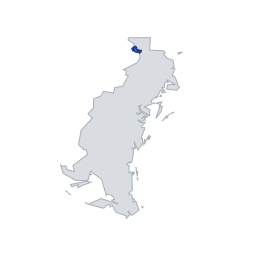 location of Astrakhan' within Russia, rotated 150°
{"feature_id": "RUS-2388", "entity_name": "Astrakhan'", "entity_type": "Region", "adm_level": 1, "iso_a3": "RUS", "parent_name": "Russia", "parent_adm1": "", "projection": "albers", "projection_center": [47.293, 47.158], "detail": "fine", "context": "in_parent", "style": "filled", "palette": "blue", "viewbox_px": 256, "rotation_deg": 150, "n_neighbors": 0, "source": "natural_earth", "source_scale": "10m", "svg_char_len": 5414}
<svg xmlns="http://www.w3.org/2000/svg" viewBox="0 0 256 256"><g transform="rotate(150 128 128)"><path d="M206.9,121.3L204.7,129.7L204.1,127.6L200.7,126.3L201.8,122.7L196.1,117.0L194.5,123.0L176.4,125.3L174.9,130.6L177.1,131.1L179.2,138.2L169.8,149.5L154.0,154.4L155.6,160.4L147.6,162.7L143.2,170.4L135.4,169.3L130.9,172.0L123.1,165.6L119.3,169.6L111.8,167.0L101.8,172.7L103.5,174.9L100.9,178.0L102.8,180.8L87.0,180.0L81.9,183.4L80.7,188.2L85.0,193.3L80.7,197.6L84.0,204.2L82.1,205.7L63.4,195.0L70.3,184.8L58.4,176.9L58.2,174.5L60.4,174.0L58.9,168.4L55.2,164.3L57.5,157.7L60.2,157.9L57.6,155.9L63.3,151.5L61.9,149.3L62.5,142.1L63.8,140.6L62.9,137.7L66.8,136.3L75.1,142.3L72.3,145.6L68.0,144.0L66.6,142.5L65.6,142.2L70.4,150.6L70.2,147.4L73.2,149.1L76.3,145.0L78.2,146.2L77.7,140.4L80.3,140.9L81.1,142.2L79.2,143.2L80.9,144.5L88.2,139.5L87.8,141.1L94.4,140.1L95.0,136.8L103.1,138.2L99.9,133.1L103.2,128.4L104.4,128.4L104.4,131.0L108.0,136.4L107.2,140.8L104.5,141.4L108.0,141.5L109.2,135.1L110.3,134.4L112.0,136.5L113.8,136.2L111.5,134.1L107.6,134.9L107.2,132.0L105.5,130.7L106.0,127.6L107.9,130.2L110.5,129.9L111.1,129.6L107.7,128.9L109.5,127.1L113.9,126.6L114.1,129.0L115.4,129.6L114.3,126.5L110.3,124.3L115.5,122.7L115.6,121.1L113.5,120.5L113.9,119.1L122.0,112.4L120.8,111.8L122.7,107.5L130.5,104.0L129.4,113.5L131.0,108.6L132.8,107.0L134.4,108.3L134.7,108.4L135.0,108.2L133.8,106.7L139.2,99.2L142.3,96.4L144.2,97.2L142.9,98.1L147.3,97.1L145.9,94.7L149.6,88.8L147.7,88.9L147.3,87.1L155.3,72.1L160.6,70.7L158.3,68.1L160.5,60.8L157.8,60.9L159.5,51.4L168.1,50.3L169.3,51.8L168.4,53.7L169.5,56.3L169.9,52.1L174.5,50.5L173.7,53.1L180.6,61.0L180.2,69.3L184.6,72.0L189.1,70.6L200.6,81.8L186.7,80.4L174.5,66.9L178.3,73.6L175.4,73.1L175.3,77.0L178.9,81.2L180.6,80.4L176.5,96.9L182.0,109.3L189.0,102.6L199.3,108.7L206.9,121.3ZM99.1,122.4L90.0,130.5L87.4,129.9L91.3,125.6L99.1,122.4ZM187.2,99.7L201.4,101.6L199.3,103.6L206.1,105.2L206.2,107.9L191.5,103.1L187.2,99.7ZM85.6,133.9L89.9,130.7L89.1,133.3L91.6,135.5L85.6,133.9ZM141.8,88.4L141.9,84.4L144.0,81.7L141.8,88.4ZM115.1,109.1L119.1,108.1L114.4,110.6L115.1,109.1ZM113.4,108.7L116.3,107.2L112.7,110.2L113.4,108.7ZM119.7,106.9L122.6,105.8L119.5,109.6L119.7,106.9ZM144.8,81.2L144.9,79.3L145.9,77.5L144.8,81.2ZM42.8,166.5L47.3,166.5L47.0,168.2L42.8,166.5ZM83.0,119.0L84.9,118.7L81.2,119.3L83.0,119.0ZM145.6,86.2L147.5,84.6L146.0,87.6L145.6,86.2ZM84.7,139.3L83.3,140.3L82.7,139.7L83.3,138.7L84.7,139.3ZM86.7,118.4L88.4,118.0L89.3,118.1L86.7,118.4ZM92.5,117.6L91.8,118.2L90.5,118.3L90.8,117.9L92.5,117.6ZM94.3,117.3L92.8,117.5L94.9,116.9L94.3,117.3ZM93.0,135.8L93.9,137.3L92.5,136.3L93.0,135.8ZM114.5,109.8L113.6,110.7L112.7,110.8L114.5,109.8ZM87.6,117.7L89.8,117.3L89.1,117.7L87.6,117.7ZM155.4,51.9L155.3,53.2L154.3,52.0L155.4,51.9ZM81.3,118.7L82.7,118.8L79.9,118.9L81.3,118.7ZM103.1,127.9L101.7,128.5L103.1,127.8L103.1,127.9ZM131.3,106.8L132.4,106.9L131.3,107.4L131.3,106.8ZM158.3,61.9L158.7,63.0L158.3,63.5L158.3,61.9ZM89.9,118.7L88.9,118.6L90.5,118.6L89.9,118.7ZM89.5,117.7L90.2,118.0L88.9,117.9L89.5,117.7ZM210.6,98.8L211.4,99.6L212.4,101.2L210.6,98.8ZM88.2,118.9L88.9,119.2L88.0,119.2L88.2,118.9ZM109.3,127.0L108.4,127.8L108.2,127.8L109.3,127.0ZM182.9,68.4L182.6,69.5L182.1,68.4L182.9,68.4ZM144.9,86.0L145.3,86.7L144.8,86.7L144.9,86.0ZM182.7,105.9L183.9,106.2L183.4,106.7L182.7,105.9ZM200.9,82.8L202.4,84.2L201.8,84.4L200.9,82.8ZM86.6,119.1L85.7,119.3L85.4,119.2L86.6,119.1ZM109.5,125.6L109.5,126.4L109.2,126.3L109.5,125.6ZM141.0,88.8L141.1,89.5L140.5,89.0L141.0,88.8ZM212.9,104.0L212.2,101.8L213.2,104.2L212.9,104.0Z" fill="#d9dde1" stroke="#a8b0b8" stroke-width="1"/><path d="M80.6,187.5L80.4,188.2L81.2,188.5L81.4,188.5L81.4,188.8L81.4,189.0L81.5,189.0L81.3,189.2L81.3,189.3L81.5,189.5L81.4,189.6L81.5,189.7L81.5,189.8L81.8,190.0L81.9,189.9L81.9,189.6L82.3,189.8L82.9,189.7L83.1,189.8L83.5,190.4L83.6,190.5L84.0,191.4L84.6,192.2L84.5,192.3L84.4,192.3L84.2,192.4L84.1,192.2L83.9,192.2L83.7,192.3L83.7,192.5L83.8,192.5L84.0,192.7L84.1,192.8L84.3,192.9L84.5,193.0L85.0,193.2L85.0,193.3L84.9,193.4L84.9,193.2L84.8,193.3L84.7,193.3L84.8,193.5L84.7,193.6L84.5,193.8L84.5,193.7L84.4,193.7L84.4,193.8L84.3,193.7L84.4,193.8L84.2,193.7L84.3,193.8L84.2,193.8L84.1,193.7L84.1,193.8L84.1,194.0L84.2,194.3L84.3,194.4L84.2,194.4L84.1,194.5L84.1,194.4L84.0,194.2L83.9,194.2L83.7,194.2L83.6,194.3L83.6,194.5L83.4,194.5L83.3,194.8L83.2,194.7L82.9,194.8L82.9,194.7L82.8,194.8L82.7,194.8L82.7,195.0L82.5,194.9L82.4,194.8L82.3,194.7L82.2,194.6L82.2,194.8L82.3,194.8L82.2,194.9L82.3,194.9L82.2,195.0L82.3,195.0L82.2,195.0L82.1,194.9L81.9,194.8L82.0,194.8L82.0,194.7L81.9,194.7L81.9,194.8L82.0,194.9L82.1,195.0L81.9,194.9L81.7,194.9L81.5,195.0L81.1,195.1L81.3,194.2L81.5,193.9L81.4,193.8L80.9,193.9L81.0,193.7L80.4,193.4L80.4,193.2L80.5,193.1L80.8,193.0L81.1,193.0L81.1,192.8L81.1,192.7L81.3,192.5L81.5,192.4L81.6,192.2L81.4,192.0L81.2,192.0L81.1,191.7L80.9,191.7L80.8,191.4L80.7,191.2L80.5,190.9L80.4,190.7L80.9,190.3L80.9,190.2L80.7,190.1L80.3,190.5L80.2,190.5L79.8,190.4L79.5,190.1L79.4,189.9L79.2,189.6L79.1,189.4L79.2,189.2L78.9,189.2L78.6,188.9L78.4,188.8L78.4,188.7L78.2,188.7L77.9,188.5L78.0,188.4L78.0,188.2L78.3,188.1L78.5,188.1L78.5,187.9L78.4,187.9L78.5,187.8L78.8,187.8L78.9,187.7L79.0,187.7L79.4,187.4L79.5,187.2L80.1,187.1L80.3,187.3L80.6,187.5ZM82.9,195.2L82.9,195.4L82.8,195.2L82.8,194.9L82.9,195.0L82.9,195.2Z" fill="#3b82f6" stroke="#1e3a8a" stroke-width="1.5"/></g></svg>